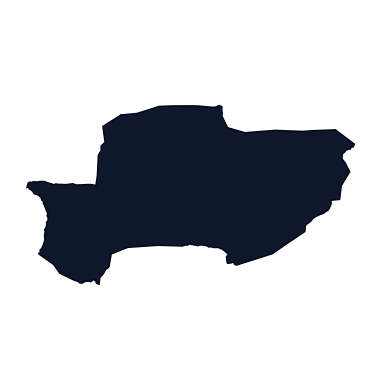 the district of Baruunturuun, Uvs, Mongolia, rotated 357°
{"feature_id": "93677404B97554473591332", "entity_name": "Baruunturuun", "entity_type": "district", "adm_level": 2, "iso_a3": "MNG", "parent_name": "Mongolia", "parent_adm1": "Uvs", "projection": "natural_earth1", "projection_center": [94.759, 49.795], "detail": "fine", "context": "isolated", "style": "filled", "palette": "ink", "viewbox_px": 384, "rotation_deg": 357, "n_neighbors": 0, "source": "geoboundaries", "source_scale": "gbopen_adm2", "svg_char_len": 5846}
<svg xmlns="http://www.w3.org/2000/svg" viewBox="0 0 384 384"><g transform="rotate(357 192 192)"><path d="M356.6,152.7L338.4,137.4L327.3,137.3L321.1,137.2L317.1,137.1L305.9,137.3L294.5,136.3L292.2,136.1L284.8,135.4L281.5,135.1L278.7,134.8L270.5,135.0L265.6,135.1L248.0,135.6L230.9,129.7L228.3,123.7L227.9,122.8L226.7,119.7L226.1,118.7L226.1,118.3L225.9,118.1L225.9,117.6L225.6,117.2L225.9,116.5L226.2,116.1L226.1,115.7L226.2,115.3L226.0,114.9L226.3,114.3L226.2,113.8L226.0,112.6L226.0,112.3L226.1,112.0L226.1,111.7L225.9,111.4L225.9,110.9L226.0,110.4L226.2,110.0L226.3,109.7L226.3,109.2L226.1,108.6L226.0,108.2L223.7,107.2L222.9,107.3L221.2,108.1L219.0,108.6L216.3,108.4L205.3,106.8L202.9,106.5L200.5,106.2L186.4,105.5L182.1,105.3L175.8,105.0L163.8,104.8L160.9,105.5L158.5,106.2L141.3,110.7L126.9,111.3L125.5,111.4L125.5,111.2L125.3,111.1L125.2,111.3L106.5,121.8L107.8,137.8L103.7,141.4L103.5,145.6L100.4,150.5L98.4,170.5L96.4,180.5L92.5,179.4L88.8,179.1L83.9,179.1L83.2,179.1L78.5,179.0L77.5,179.0L76.6,178.8L75.9,178.7L75.1,178.3L73.6,177.5L67.5,178.0L65.5,178.0L60.5,177.5L59.1,177.5L57.5,177.0L55.7,176.9L54.3,177.6L53.4,177.5L52.3,176.5L49.4,175.7L45.1,173.8L40.5,173.5L38.1,174.0L36.7,173.7L34.9,173.6L33.8,173.5L32.8,174.2L31.0,173.7L29.0,174.3L27.4,178.8L27.9,178.7L28.5,178.7L29.4,179.0L29.6,179.1L29.5,180.2L29.6,180.3L30.9,181.0L32.1,182.2L32.9,182.8L33.3,183.0L33.4,183.3L33.4,183.6L33.4,183.8L33.5,183.9L33.8,184.2L34.2,185.3L34.4,185.5L34.7,185.6L35.2,185.5L35.4,185.6L35.6,185.9L35.8,186.0L36.2,186.1L36.5,186.2L37.2,186.6L37.7,186.6L38.0,186.7L38.5,187.2L38.8,187.4L39.3,187.6L39.5,187.8L39.6,188.5L39.9,188.6L40.4,188.8L40.8,189.1L41.0,189.6L41.1,190.3L41.3,190.8L41.5,191.1L41.6,191.4L41.6,192.3L41.9,192.5L42.3,192.8L42.7,193.4L43.0,193.8L43.1,194.3L43.2,194.9L43.1,195.6L43.1,195.8L43.2,196.1L43.6,196.6L43.9,196.9L44.1,197.3L44.0,198.1L44.1,198.4L44.3,198.7L44.6,199.2L44.6,199.6L44.8,199.9L45.1,200.3L45.1,200.7L45.0,201.5L45.1,201.8L45.6,202.3L46.1,204.1L46.5,204.4L46.7,204.7L46.7,205.6L46.8,205.9L47.0,206.1L46.8,206.6L46.5,207.0L46.1,207.9L46.0,208.1L46.0,208.3L46.6,208.9L46.9,209.6L46.8,210.7L47.1,211.7L46.6,212.8L46.4,213.3L46.3,213.5L46.0,214.0L45.2,214.6L45.2,215.7L45.2,216.7L45.1,217.4L44.9,218.8L44.5,219.4L43.9,220.3L43.5,221.0L43.1,221.6L42.9,221.9L42.9,222.4L43.1,222.8L43.4,224.1L43.4,224.6L43.2,224.8L43.1,225.2L43.2,225.5L42.6,226.3L42.5,227.1L42.6,227.6L42.8,227.9L42.4,228.8L42.4,229.1L42.7,230.5L42.7,231.5L42.3,232.4L42.2,233.5L42.1,233.9L42.0,234.3L41.9,234.5L41.7,234.8L41.4,235.5L40.9,236.6L40.8,236.8L40.8,237.0L40.8,237.4L40.8,237.5L40.6,237.8L40.1,238.3L39.9,238.5L39.9,239.1L39.7,239.4L39.4,239.8L39.3,240.0L39.2,240.5L38.9,240.9L38.5,241.1L38.1,241.3L37.7,241.5L37.4,242.2L37.4,242.6L37.5,243.5L37.5,243.8L37.4,244.0L37.2,244.2L36.8,244.4L36.3,244.8L35.7,245.7L49.9,257.0L55.9,266.3L70.4,274.2L72.0,274.7L73.0,275.1L75.0,276.5L75.1,276.8L75.4,277.0L75.7,277.1L76.5,276.8L76.8,276.9L77.2,277.2L77.7,277.3L78.0,277.1L78.3,276.7L78.5,276.6L78.9,276.5L79.2,276.3L79.7,275.9L80.2,275.6L80.7,275.7L81.4,275.7L81.9,275.8L82.6,275.5L83.1,275.7L83.6,275.7L84.3,275.6L84.9,275.7L85.4,275.9L85.7,276.1L86.0,276.2L86.3,276.2L86.7,276.0L87.6,275.2L88.3,274.9L88.8,274.6L89.2,274.5L89.5,274.5L90.0,275.0L90.8,275.6L91.9,276.2L91.9,276.6L91.8,276.9L91.6,277.2L91.5,277.4L91.6,277.6L91.9,278.0L92.2,278.4L92.8,278.6L93.2,278.8L94.4,279.2L95.4,272.7L96.1,272.1L97.7,270.6L99.0,269.0L99.6,268.2L101.2,265.7L101.6,264.8L102.2,264.3L103.8,263.6L104.6,262.9L105.2,262.0L108.1,249.6L125.0,243.9L155.2,243.4L179.5,245.4L180.0,245.2L181.1,245.0L181.6,244.9L182.0,244.7L182.6,244.5L183.4,244.4L183.6,244.7L184.0,244.9L184.3,244.9L184.6,244.8L184.8,244.5L184.9,244.4L185.5,244.4L185.8,244.4L186.1,244.1L186.4,243.8L186.7,243.7L187.8,244.0L188.3,244.2L188.9,244.2L189.6,244.4L190.7,244.8L192.1,245.1L192.6,245.2L193.4,245.2L193.6,245.4L194.1,245.7L195.1,245.8L195.5,245.9L195.9,245.6L196.3,245.5L196.9,245.4L197.7,245.4L198.2,245.4L198.9,245.4L199.4,245.5L200.2,245.6L201.0,245.7L201.6,245.8L203.1,246.3L203.8,246.4L204.4,246.6L205.0,247.0L205.8,247.7L206.3,247.8L207.2,247.7L208.1,247.4L208.3,247.4L208.6,247.6L209.0,248.0L209.4,248.3L209.7,248.4L210.3,248.4L211.3,248.5L212.1,248.6L212.9,248.7L213.3,248.8L213.5,248.7L213.8,248.7L214.4,248.6L214.9,248.7L215.6,248.6L215.8,248.9L216.0,249.1L216.3,249.2L216.6,249.1L216.7,249.3L216.7,249.5L216.8,249.6L217.4,250.0L217.9,250.2L218.5,250.3L219.2,250.1L219.5,250.5L219.6,250.8L219.9,251.0L220.0,251.4L220.2,251.5L220.5,251.7L221.0,252.0L222.4,253.4L223.2,254.1L223.8,254.7L224.6,255.4L224.9,255.8L224.9,256.3L224.5,257.0L223.6,257.9L223.2,258.3L223.2,258.7L223.2,259.2L223.1,259.7L223.3,262.4L223.4,264.3L223.7,264.8L224.1,265.0L224.6,265.1L225.2,265.0L226.3,264.8L227.0,264.9L227.3,264.9L227.6,264.7L228.0,264.5L229.0,264.4L229.6,264.4L230.3,264.8L230.5,265.4L230.6,265.9L230.8,266.4L232.6,267.3L269.3,257.7L281.7,249.9L302.5,237.4L303.0,235.3L303.1,232.8L303.5,231.9L303.7,231.1L304.1,230.6L305.2,229.9L308.5,227.8L309.6,226.8L310.0,226.2L311.1,225.1L312.3,224.1L314.2,222.9L316.9,221.9L318.3,221.3L322.0,220.2L322.6,219.8L324.4,218.6L326.2,217.7L327.3,216.8L329.3,213.4L330.3,211.0L330.4,207.5L339.0,207.1L341.4,193.4L350.5,180.1L349.8,178.3L348.1,174.7L347.9,174.2L347.4,173.4L347.3,172.9L347.0,172.1L346.7,171.3L344.1,167.6L343.7,166.9L343.6,166.3L343.7,164.6L343.9,162.9L344.0,161.8L344.7,161.4L345.2,161.1L346.0,160.5L346.2,160.2L346.6,160.0L346.8,159.8L346.9,159.5L347.0,159.2L347.4,158.8L347.6,158.6L348.1,158.3L348.7,158.1L349.6,157.8L350.1,157.4L350.4,157.3L350.7,157.3L351.3,157.3L351.8,157.3L352.3,157.3L352.6,157.2L352.7,156.9L352.7,156.6L352.8,155.7L353.2,155.5L353.4,155.5L354.3,155.5L354.8,155.5L355.1,155.4L355.4,154.7L355.5,154.4L355.9,154.1L356.1,153.9L356.2,153.6L356.4,153.2L356.6,152.7Z" fill="#0f172a" stroke="#020617" stroke-width="1.5"/></g></svg>